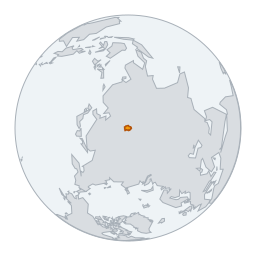 the Earth from above Dundgovi, rotated 183°
{"feature_id": "MNG-3325", "entity_name": "Dundgovi", "entity_type": "Province", "adm_level": 1, "iso_a3": "MNG", "parent_name": "Mongolia", "parent_adm1": "", "projection": "orthographic", "projection_center": [106.117, 45.486], "detail": "medium", "context": "on_globe", "style": "filled", "palette": "amber", "viewbox_px": 256, "rotation_deg": 183, "n_neighbors": 0, "source": "natural_earth", "source_scale": "10m", "svg_char_len": 12191}
<svg xmlns="http://www.w3.org/2000/svg" viewBox="0 0 256 256"><g transform="rotate(183 128 128)"><circle cx="128" cy="128" r="113" fill="#eef3f6" stroke="#a8b0b8"/><path d="M195.0,37.5L195.5,37.8L194.3,38.0L186.2,35.3L185.6,34.1L183.7,33.8L184.4,35.4L185.2,36.6L179.6,39.9L180.5,47.7L184.5,51.5L180.7,49.9L190.7,58.3L193.6,64.5L188.1,56.7L185.7,55.4L186.5,59.1L184.3,58.7L183.4,60.3L180.7,59.4L177.7,55.2L175.9,54.7L176.6,57.4L174.3,58.5L173.6,54.5L169.5,56.1L163.7,49.9L164.0,41.0L158.5,37.9L152.8,29.8L151.1,30.3L147.8,27.9L144.6,27.6L144.5,26.5L142.0,27.3L142.7,28.5L141.9,29.3L140.1,29.4L139.6,27.8L140.4,27.5L139.3,27.1L139.9,26.3L138.5,26.7L138.2,24.9L135.8,26.8L133.2,25.5L133.7,24.3L137.2,24.3L147.1,22.4L148.6,21.6L147.3,20.3L137.4,17.8L137.7,17.2L135.4,16.4L133.6,16.6L134.7,17.4L130.9,17.9L132.7,19.0L131.4,19.4L131.9,20.9L128.0,20.8L123.9,20.1L123.3,19.1L121.6,18.8L119.0,20.1L114.9,18.7L107.0,19.1L106.4,18.8L110.8,17.4L118.6,16.4L124.3,15.5L116.7,16.4L115.3,16.2L113.4,16.4L111.2,16.7L110.2,17.0L108.9,17.1L114.3,16.2L116.9,15.9L117.2,15.9L115.0,16.1L118.7,15.8L120.4,15.6L128.3,15.4L136.3,15.7L144.2,16.5L152.0,17.9L159.7,19.9L167.2,22.4L174.5,25.4L181.6,28.9L188.5,33.0L195.0,37.5ZM233.5,91.6L232.6,90.1L232.8,89.7L233.5,91.6ZM232.3,90.2L232.6,90.5L232.4,90.4L232.3,90.2ZM232.3,90.8L232.3,90.4L232.4,91.0L232.3,90.8ZM232.4,91.8L232.3,91.2L232.4,91.3L232.4,91.8ZM232.2,92.8L232.1,93.0L232.0,92.3L232.2,92.8ZM186.0,37.3L184.6,35.6L184.9,34.4L186.3,35.8L186.0,37.3ZM185.2,40.1L183.9,39.0L186.1,39.0L186.2,39.6L185.2,40.1ZM187.8,54.5L187.1,52.6L188.5,54.7L187.8,54.5ZM183.8,60.7L184.7,61.4L183.8,61.9L183.8,60.7ZM134.0,20.8L132.9,20.8L133.4,20.5L134.0,20.8ZM135.1,21.5L136.4,21.1L137.1,21.4L136.3,21.6L135.1,21.5ZM178.9,61.2L177.3,62.0L178.4,60.5L178.9,61.2ZM133.4,21.8L138.3,22.0L139.6,22.5L137.6,23.7L133.4,21.8ZM176.0,62.0L172.1,64.1L173.8,65.9L166.8,62.3L172.5,61.5L173.6,59.3L174.3,61.2L176.0,62.0ZM143.8,28.9L142.9,27.6L145.3,28.7L143.8,28.9ZM145.5,29.4L154.2,31.8L154.5,33.8L151.6,32.5L153.4,35.3L149.3,35.0L147.4,33.5L148.0,32.2L146.0,33.1L145.5,29.4ZM163.6,60.1L162.3,60.1L163.1,59.3L163.6,60.1ZM141.8,29.7L143.5,30.0L143.9,31.7L140.6,31.6L141.5,31.0L141.8,29.7ZM155.9,36.2L155.6,37.6L152.3,37.7L151.7,38.3L149.3,35.2L155.9,36.2ZM140.5,30.7L138.8,31.5L137.0,30.7L140.1,29.6L140.5,30.7ZM145.4,32.3L145.5,33.1L144.4,32.6L145.4,32.3ZM129.4,28.9L131.4,28.9L131.8,29.8L129.4,28.9ZM138.4,31.8L139.0,32.1L139.4,32.5L138.0,32.9L138.4,31.8ZM147.1,35.6L145.7,35.4L147.9,36.9L145.5,37.2L144.3,35.1L143.8,36.1L143.0,36.2L142.9,34.4L147.1,35.6ZM137.7,34.6L135.4,32.3L131.5,31.8L131.0,31.0L137.4,31.9L137.7,34.6ZM140.8,34.6L138.8,34.4L139.2,33.4L140.8,32.9L140.8,34.6ZM144.2,38.2L148.3,38.2L148.4,38.7L144.2,38.2ZM136.5,34.6L137.1,35.2L136.2,34.7L136.5,34.6ZM141.8,37.2L143.2,37.2L143.3,37.7L141.8,37.2ZM137.1,36.4L136.4,35.7L137.4,35.3L137.1,36.4ZM139.2,37.0L139.0,37.7L138.3,35.6L139.8,36.8L139.2,37.0ZM141.6,37.7L142.1,38.0L141.0,37.7L141.6,37.7ZM133.4,38.4L132.3,35.9L134.7,35.0L135.5,37.5L133.4,38.4ZM40.5,57.1L43.3,57.4L40.6,61.9L39.1,72.7L38.3,75.0L34.9,77.4L30.8,91.8L33.8,91.6L33.7,102.8L36.0,108.3L43.1,102.9L39.5,93.7L42.4,88.6L48.1,93.0L51.9,101.5L53.1,99.8L53.7,91.8L57.6,91.3L54.3,88.9L53.4,91.6L51.3,90.3L52.0,87.7L53.4,87.6L53.1,84.6L46.7,86.4L45.1,89.4L42.6,83.9L39.7,88.5L37.9,88.3L42.2,80.5L44.1,79.0L49.5,68.5L47.3,69.5L42.0,79.6L42.3,77.6L39.2,79.4L41.8,76.4L48.1,65.6L47.8,60.9L42.2,60.6L43.2,57.8L46.3,53.4L53.7,48.8L50.8,55.8L53.3,54.6L58.4,49.9L57.1,52.6L58.8,51.6L58.2,54.3L61.7,55.3L61.7,57.9L67.4,55.9L68.1,57.1L64.6,57.8L62.1,59.8L62.6,66.7L64.0,67.3L67.6,65.6L67.3,67.8L70.8,65.3L73.2,68.6L73.1,62.7L77.4,60.9L81.2,61.8L82.6,60.3L76.4,58.9L74.0,59.4L71.9,61.4L65.2,62.3L64.1,60.5L71.1,55.9L70.3,53.0L76.1,51.0L89.2,55.4L92.5,58.7L88.8,68.0L85.6,68.2L85.3,64.9L81.6,69.7L83.8,68.5L83.6,70.5L87.6,69.6L87.6,71.0L91.4,68.0L91.9,69.6L89.5,71.5L95.8,72.0L97.9,75.2L99.4,74.7L100.3,73.2L102.4,78.5L103.3,77.9L103.0,75.9L104.7,73.5L108.6,71.4L109.1,73.3L107.8,74.3L105.8,79.5L102.2,82.2L102.8,82.8L106.0,80.9L108.5,74.6L110.6,72.8L109.9,75.8L110.4,74.5L111.6,74.3L113.3,75.9L114.3,72.6L127.3,67.9L131.8,70.9L129.8,73.9L139.3,73.5L143.8,77.4L143.5,75.4L147.9,74.3L146.5,73.1L146.7,72.1L157.4,69.3L160.3,70.3L164.6,67.5L164.5,66.6L162.6,65.6L166.8,62.3L173.8,65.9L173.7,67.7L178.1,68.9L177.4,73.1L178.9,77.2L175.6,81.4L177.1,84.6L178.6,84.7L181.8,89.3L182.8,98.6L175.1,90.4L172.2,77.3L172.8,82.5L170.6,81.2L169.6,83.0L170.2,86.8L171.6,87.3L162.1,93.7L159.5,104.1L164.6,103.0L167.8,105.7L169.4,117.9L159.6,135.0L163.7,139.8L164.0,143.1L160.4,145.5L159.9,140.7L156.3,139.2L156.6,136.2L150.6,138.8L150.8,134.7L146.0,139.0L147.8,142.2L153.0,141.2L148.8,147.0L154.1,152.3L154.6,158.8L145.6,170.4L136.5,173.7L136.0,175.6L132.4,173.3L127.6,176.9L134.2,187.7L133.9,190.6L126.1,195.6L126.0,193.5L116.5,187.4L114.7,194.0L121.8,200.2L124.3,206.5L118.7,204.2L116.2,198.5L112.9,196.1L113.9,190.4L111.2,180.9L105.6,181.7L106.1,178.0L101.6,169.1L93.6,169.7L80.9,175.9L79.0,184.7L74.6,186.9L69.7,171.3L70.1,161.6L66.7,160.8L63.0,149.9L51.8,141.4L51.6,138.3L49.2,137.6L46.8,132.2L47.2,127.2L45.1,125.3L44.4,138.6L46.9,140.7L51.0,139.4L50.2,143.4L52.6,149.3L44.6,153.1L30.4,146.8L31.5,139.6L33.7,113.4L35.1,111.9L35.2,111.6L35.4,111.2L33.0,113.1L34.2,108.3L30.3,124.8L28.6,130.5L30.2,146.9L29.4,147.1L30.6,151.4L37.7,156.6L37.2,158.6L32.3,164.2L24.7,165.8L27.2,175.3L29.1,181.3L27.9,179.6L24.4,172.3L21.5,164.7L19.1,156.9L17.3,148.9L16.1,140.9L15.5,132.8L15.4,124.6L16.0,116.5L17.1,108.4L18.8,100.4L21.1,92.6L23.9,85.0L27.3,77.6L31.2,70.4L35.6,63.6L40.5,57.1ZM38.4,60.4L37.4,61.5L38.4,60.4ZM53.2,114.6L57.1,119.5L59.8,112.7L61.5,114.1L61.8,111.4L60.0,112.2L61.3,105.2L64.6,105.9L66.4,103.4L65.2,101.6L59.0,101.6L57.0,111.5L54.2,112.3L53.2,114.6ZM114.9,16.2L114.3,16.3L112.0,16.6L113.0,16.4L114.9,16.2ZM102.4,18.9L100.5,19.0L102.5,18.7L103.6,18.3L109.1,17.3L106.4,18.7L106.6,18.1L102.4,18.9ZM115.8,16.6L112.6,16.9L116.2,16.5L115.8,16.6ZM69.0,44.8L67.3,46.4L65.4,46.6L65.5,44.1L68.2,43.6L69.0,44.8ZM65.4,48.7L72.3,45.2L72.6,46.9L71.3,46.5L70.8,47.9L68.5,47.7L62.0,53.0L59.9,53.7L61.0,48.2L61.8,49.5L63.4,47.7L65.4,48.7ZM89.6,35.5L92.6,34.6L89.3,39.3L86.9,39.6L86.7,36.9L89.5,34.9L89.6,35.5ZM129.0,24.3L130.4,24.0L130.5,24.4L129.5,24.9L129.0,24.3ZM130.3,28.8L123.2,25.9L124.4,25.4L118.8,24.5L119.8,23.0L123.4,23.5L119.9,21.9L123.6,21.8L120.9,20.9L128.8,22.3L131.9,22.3L128.1,22.8L127.1,24.1L127.6,24.7L131.4,26.6L137.6,27.6L137.7,29.3L136.0,30.2L134.5,30.2L135.0,29.1L132.6,30.0L132.1,28.3L130.3,28.8ZM116.6,43.6L117.8,41.7L113.0,44.2L112.5,42.1L112.0,42.5L110.2,41.4L107.1,40.8L107.4,39.8L106.1,40.0L104.9,39.3L103.2,39.4L103.1,37.6L101.0,37.5L102.2,36.8L98.6,37.2L101.2,36.1L99.9,35.3L98.0,36.7L101.8,28.5L101.3,26.3L99.5,25.0L104.3,23.8L109.1,24.2L113.1,25.9L112.9,28.5L115.1,27.5L115.6,28.5L113.7,28.8L117.0,29.0L116.9,29.9L120.6,32.2L125.5,32.1L126.9,33.0L124.9,33.5L127.8,34.1L125.1,35.7L126.0,36.5L124.3,39.0L120.0,39.7L121.4,40.5L120.2,42.6L116.6,43.6ZM132.8,39.0L127.8,40.1L125.0,39.6L129.1,35.5L128.6,34.6L131.1,32.3L135.1,33.1L134.0,33.7L133.9,34.5L132.7,33.9L133.5,34.9L132.0,35.8L132.3,36.9L130.6,36.9L132.8,39.0ZM39.6,75.3L39.4,76.7L39.5,78.5L37.6,79.8L39.6,75.3ZM43.7,67.8L43.9,68.7L41.2,71.1L41.5,69.8L43.7,67.8ZM46.2,67.3L44.1,68.6L45.4,67.1L46.2,67.3ZM64.9,58.6L65.3,59.5L64.5,60.1L63.2,60.2L64.9,58.6ZM102.3,51.4L103.4,50.2L104.1,50.4L107.9,48.9L108.5,50.4L106.5,51.9L102.3,51.4ZM41.2,102.6L39.2,102.4L39.5,100.9L40.1,101.2L41.2,102.6ZM37.3,90.5L37.2,94.2L36.8,90.8L37.3,90.5ZM103.7,52.9L105.1,52.0L104.6,53.3L103.7,52.9ZM109.2,51.5L108.9,52.9L109.1,50.4L109.2,51.5ZM37.5,195.0L35.1,191.6L32.8,186.7L35.1,188.6L35.7,187.3L38.3,192.5L40.4,198.8L38.1,195.9L37.5,195.0ZM152.7,218.3L156.1,218.2L155.9,218.5L152.7,218.3ZM149.2,217.6L153.1,217.3L148.5,218.4L149.2,217.6ZM154.6,217.2L158.5,216.0L160.2,215.3L159.9,216.0L154.6,217.2ZM146.6,217.9L132.2,218.2L126.5,217.2L127.9,216.0L137.1,216.4L146.6,217.9ZM127.4,216.0L118.7,211.8L106.9,199.0L111.2,199.9L123.5,208.1L122.7,209.2L128.0,212.4L127.4,216.0ZM148.4,209.0L147.6,212.4L139.7,212.5L136.1,212.1L133.6,207.6L135.0,205.4L137.9,205.4L149.4,196.7L153.4,198.5L149.8,202.2L153.1,205.0L148.4,209.0ZM79.4,185.7L81.6,191.7L79.3,191.7L79.4,185.7ZM154.0,190.3L149.4,194.5L153.6,189.0L154.0,190.3ZM156.5,185.1L156.8,187.1L154.9,185.3L156.5,185.1ZM135.9,178.6L132.7,179.0L132.7,177.5L136.6,176.1L135.9,178.6ZM155.0,164.3L155.0,168.9L154.4,170.5L153.0,167.9L155.0,164.3ZM111.5,66.4L105.5,66.6L101.6,68.1L100.1,71.0L99.6,67.2L105.6,64.8L111.5,66.4ZM125.3,67.5L126.5,65.2L127.7,66.3L127.6,66.9L125.3,67.5ZM124.8,66.0L123.1,63.2L125.0,62.0L125.9,64.5L124.8,66.0ZM113.2,57.6L111.3,57.5L111.9,56.4L113.2,57.6ZM180.0,227.9L178.3,228.8L177.4,228.8L175.0,230.0L177.7,228.3L174.0,230.3L172.8,230.2L168.9,231.2L147.0,237.7L142.4,238.0L144.0,237.1L140.7,234.3L142.3,234.3L141.8,231.8L155.0,227.7L164.6,220.8L171.4,219.6L176.9,213.9L183.7,212.0L181.4,216.0L188.2,215.4L193.7,206.2L196.9,211.6L201.1,211.0L201.2,213.1L193.3,219.8L180.0,227.9ZM217.6,195.2L218.4,194.5L219.2,193.8L218.1,195.2L217.6,195.2ZM222.8,187.0L223.1,186.9L222.8,187.4L222.8,187.0ZM222.6,187.2L223.2,186.0L223.0,186.7L222.6,187.2ZM219.3,187.4L219.8,186.5L220.0,186.6L219.3,187.4ZM161.0,217.5L165.8,214.3L168.3,213.6L161.0,217.5ZM218.6,187.2L217.3,188.3L217.5,187.7L218.6,187.2ZM218.8,186.1L218.7,185.6L219.4,186.4L218.8,186.1ZM216.3,186.8L217.9,186.6L216.1,187.1L216.3,186.8ZM215.3,187.8L214.2,188.2L214.2,187.9L215.3,187.8ZM201.2,197.6L205.7,198.7L201.9,200.8L197.7,200.7L194.1,204.5L186.2,207.3L188.1,205.2L187.1,203.4L178.8,205.1L177.1,204.1L180.1,202.2L174.5,202.4L180.6,200.1L183.1,202.5L186.5,198.9L192.4,197.4L197.9,196.1L202.3,196.2L201.2,197.6ZM180.6,207.0L181.6,206.6L180.7,207.8L180.6,207.0ZM211.9,188.2L213.6,188.4L213.4,188.9L212.5,189.3L211.9,188.2ZM203.3,195.1L208.0,190.0L209.1,189.4L205.9,194.0L203.3,195.1ZM206.9,189.0L209.1,188.0L210.2,188.8L209.7,189.4L206.9,189.0ZM168.1,207.2L167.8,208.2L166.2,207.8L168.1,207.2ZM170.2,206.3L175.0,206.1L169.7,207.1L170.2,206.3ZM155.4,205.6L156.8,207.6L161.4,205.6L157.9,208.0L160.9,211.0L159.9,212.4L156.8,209.2L155.7,213.1L153.7,213.2L152.6,210.1L154.7,205.8L156.7,203.8L164.9,201.9L155.4,205.6ZM170.2,203.7L168.9,201.4L169.8,199.5L171.2,200.6L170.2,203.7ZM165.0,195.8L161.5,193.1L158.4,194.8L164.7,189.3L167.0,192.8L165.0,195.8ZM162.0,189.1L159.1,190.7L162.1,187.6L162.0,189.1ZM158.3,189.7L158.0,187.4L160.3,187.4L158.3,189.7ZM163.5,189.0L164.0,184.9L165.2,187.1L163.5,189.0ZM156.9,182.2L161.9,185.4L155.4,184.6L154.9,176.6L157.7,176.2L156.9,182.2ZM170.9,145.6L170.1,143.2L172.5,142.1L172.4,144.1L170.9,145.6ZM179.7,136.9L172.9,141.0L167.3,144.5L169.2,145.3L168.1,149.9L165.2,146.3L169.0,140.8L173.2,139.0L173.6,135.1L176.6,131.9L175.6,127.4L176.8,125.0L179.0,128.6L179.7,136.9ZM174.9,125.5L174.2,117.2L178.9,117.2L180.1,119.1L178.5,122.8L176.1,122.5L174.9,125.5ZM175.4,115.3L173.1,115.0L167.2,103.7L167.1,101.4L174.1,109.7L172.3,109.9L172.9,112.8L175.4,115.3ZM162.8,61.1L162.3,60.2L163.5,60.7L162.8,61.1ZM145.9,71.4L146.4,70.2L147.8,70.8L145.9,71.4ZM148.5,67.2L146.5,67.4L148.4,66.4L148.5,67.2ZM142.2,68.0L145.7,67.1L142.7,69.2L142.2,68.0Z" fill="#d9dde1" stroke="#a8b0b8" stroke-width="1"/><path d="M129.3,126.2L129.7,126.2L129.8,126.1L130.0,125.9L130.3,125.8L130.3,125.5L130.5,125.4L130.5,125.5L130.8,125.6L130.7,125.8L130.9,126.1L131.0,126.3L131.0,126.5L131.0,126.9L131.1,127.1L131.3,127.1L131.3,127.3L131.3,127.5L131.3,128.1L131.4,128.7L131.5,128.8L131.4,128.9L131.2,129.0L130.5,129.3L130.4,129.3L130.3,129.7L130.3,129.8L130.2,129.9L130.0,130.0L129.9,130.0L129.7,129.9L128.8,130.2L128.7,130.3L128.4,130.4L127.9,130.5L127.7,130.5L127.6,130.4L127.5,130.2L127.4,130.0L127.3,129.9L127.1,129.6L126.1,129.4L125.4,129.3L125.3,129.2L125.2,129.1L125.2,128.9L125.2,128.7L124.8,128.5L124.8,128.4L124.8,128.2L124.7,128.1L124.6,127.9L124.6,127.7L124.8,127.5L125.2,127.5L125.2,127.3L125.3,127.2L125.3,126.9L125.4,126.7L125.6,126.7L125.8,126.5L125.8,126.4L125.9,126.2L126.0,126.1L126.3,126.0L126.4,125.8L126.8,125.9L126.9,126.0L127.0,126.1L127.1,125.9L127.3,125.8L127.4,125.6L127.5,125.5L127.8,125.7L128.0,125.8L128.8,125.9L129.0,125.9L129.3,126.1L129.3,126.2Z" fill="#f59e0b" stroke="#b45309" stroke-width="1.5"/></g></svg>